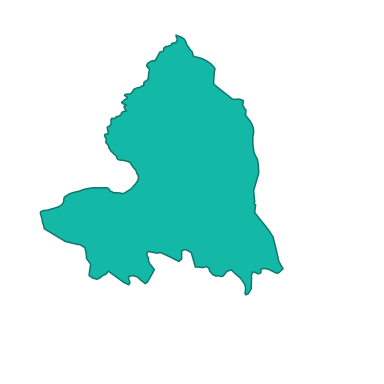 Tall Kalakh, Homs (Hims), Syria, rotated 122°
{"feature_id": "27442178B60418009452869", "entity_name": "Tall Kalakh", "entity_type": "district", "adm_level": 2, "iso_a3": "SYR", "parent_name": "Syria", "parent_adm1": "Homs (Hims)", "projection": "equal_earth", "projection_center": [36.286, 34.74], "detail": "fine", "context": "isolated", "style": "filled", "palette": "teal", "viewbox_px": 384, "rotation_deg": 122, "n_neighbors": 0, "source": "geoboundaries", "source_scale": "gbopen_adm2", "svg_char_len": 5977}
<svg xmlns="http://www.w3.org/2000/svg" viewBox="0 0 384 384"><g transform="rotate(122 192 192)"><path d="M208.9,74.1L205.0,81.4L195.5,90.8L187.3,99.3L184.1,106.0L181.8,112.1L179.5,118.8L176.2,128.0L169.2,131.2L169.0,133.5L167.2,133.5L158.3,140.4L140.9,145.3L136.9,147.9L132.5,151.2L129.5,154.0L128.9,155.1L126.3,159.6L122.6,163.0L118.4,166.3L112.6,169.8L108.6,171.4L105.4,173.7L103.3,176.3L101.0,180.4L99.9,183.8L98.3,187.6L96.7,188.2L94.1,189.5L93.1,192.0L92.0,194.0L91.1,195.5L89.4,195.8L87.4,196.9L87.5,198.8L88.2,201.3L91.3,205.5L91.8,207.0L89.2,229.7L88.3,231.4L80.5,235.6L77.5,237.0L75.4,237.7L74.6,239.3L73.4,243.4L73.3,244.8L73.2,246.4L73.1,247.9L73.1,249.0L73.2,250.1L73.4,253.5L74.0,255.8L74.6,258.1L75.8,261.2L75.9,263.3L74.2,264.8L73.6,265.5L73.0,266.3L72.3,268.8L70.7,272.3L70.0,274.2L67.1,278.0L66.4,280.0L66.4,281.9L66.5,283.8L67.3,287.9L67.5,288.5L67.8,288.2L68.7,287.7L69.2,286.9L69.7,286.1L70.3,285.5L70.7,285.3L71.4,284.9L72.0,285.0L72.7,285.1L73.4,284.9L74.1,284.6L74.5,284.7L74.8,285.3L74.9,285.8L75.0,286.1L75.2,286.6L75.8,287.2L76.2,287.4L76.8,287.7L77.4,287.8L77.8,287.5L78.4,287.4L78.9,287.7L79.7,288.5L80.5,289.1L81.2,289.5L81.9,290.2L81.9,290.5L82.0,290.8L82.3,291.2L82.9,291.4L83.5,291.5L84.2,292.1L85.2,292.1L86.2,291.5L86.6,291.2L87.3,291.2L87.9,291.4L88.7,291.7L89.3,292.0L89.6,292.4L89.8,292.8L90.2,293.3L90.6,293.4L90.9,293.4L92.1,293.2L92.7,293.2L94.6,293.1L96.0,293.1L98.2,293.0L100.0,292.9L100.8,293.0L100.8,293.5L100.9,294.0L101.1,294.4L101.4,295.0L101.9,295.3L102.7,295.9L103.4,296.4L104.4,296.9L105.9,297.5L106.9,297.8L107.9,297.7L108.8,297.4L109.3,296.9L109.6,296.1L109.9,295.4L109.6,295.0L109.8,294.5L110.3,293.5L111.0,293.0L111.8,292.5L112.4,292.3L113.5,292.0L114.4,291.5L115.0,291.2L118.4,289.6L119.1,289.0L119.5,289.2L120.3,289.3L120.8,289.3L122.3,289.7L122.7,290.3L123.7,290.8L124.4,290.8L124.8,290.6L125.6,290.4L126.8,289.5L127.4,289.4L127.7,289.6L128.0,290.3L128.7,290.6L130.2,291.2L131.4,292.1L132.5,293.5L133.5,294.3L135.3,295.5L136.2,295.7L136.9,295.8L138.2,295.6L139.7,295.8L141.2,296.2L141.5,296.5L142.1,297.0L142.6,297.7L143.1,298.5L143.5,299.2L144.0,299.6L144.7,300.4L145.3,300.4L145.8,300.4L145.9,299.9L146.0,299.1L145.9,297.7L146.0,297.0L146.3,296.7L147.0,296.7L147.7,297.1L148.2,297.3L148.8,297.7L149.2,298.0L149.7,298.1L150.7,298.3L151.9,298.6L152.6,299.0L153.0,299.2L153.5,299.0L153.6,298.3L153.7,297.0L153.4,295.8L153.1,294.9L153.0,294.3L153.1,294.2L153.2,293.9L153.6,294.0L153.8,294.1L154.0,294.1L154.5,294.4L154.6,294.7L155.0,294.9L155.8,294.8L156.5,293.9L157.3,292.5L157.6,291.8L158.0,291.1L158.3,290.7L158.6,290.9L158.8,291.3L159.8,292.5L160.6,293.1L161.5,293.6L162.2,293.8L162.6,293.6L163.2,293.3L163.7,293.3L164.9,293.6L166.1,294.1L167.0,294.7L168.0,296.0L169.0,296.3L169.4,296.4L170.5,296.6L170.8,296.8L171.3,297.1L171.5,297.7L171.5,298.5L172.1,299.0L172.9,299.1L173.5,299.1L174.4,298.5L175.1,298.1L176.0,297.4L176.9,297.0L178.9,296.6L179.5,296.8L180.0,297.1L181.4,298.0L182.0,298.1L182.3,298.1L183.6,296.8L185.3,295.2L186.2,294.3L187.1,293.9L187.6,294.5L187.8,294.8L188.1,295.2L188.6,295.9L189.3,296.3L189.6,296.3L190.3,296.1L191.0,295.4L191.7,294.3L192.1,293.5L192.8,292.6L193.2,292.3L193.9,292.0L194.4,292.0L195.1,291.9L195.6,291.4L195.9,290.8L196.1,290.2L196.2,289.7L196.4,288.9L196.5,288.5L196.8,288.0L196.9,287.5L197.4,286.8L197.9,286.6L198.5,286.3L198.7,285.5L199.6,283.7L200.5,282.1L200.5,280.6L201.2,278.6L201.2,277.9L201.5,275.8L201.8,274.9L202.2,274.5L202.6,274.4L202.7,274.2L202.9,273.6L203.0,273.4L203.5,272.8L203.6,272.1L203.5,271.1L202.7,269.2L201.4,266.7L200.7,264.5L200.1,262.2L199.9,260.6L200.0,259.5L200.6,258.7L201.9,255.8L202.4,254.5L203.2,251.4L203.9,250.4L205.4,248.7L206.6,246.3L208.0,245.1L209.8,244.3L210.7,244.2L211.6,244.1L211.9,244.1L214.3,244.1L215.0,244.2L215.7,244.3L216.3,244.5L220.2,245.0L221.2,245.2L221.5,245.2L223.7,246.3L228.5,248.6L229.6,249.2L230.0,250.0L230.7,251.6L231.6,253.7L233.3,256.9L234.0,258.0L234.4,258.5L234.4,259.1L234.3,259.5L234.1,260.2L234.3,260.7L234.6,261.7L234.4,262.7L233.9,263.1L233.4,264.2L233.4,265.2L233.3,265.9L234.1,267.4L235.5,269.4L237.1,272.1L238.2,273.8L239.3,275.7L240.7,278.0L241.5,278.8L243.9,281.7L246.2,284.2L248.0,285.8L251.0,288.1L251.7,288.6L254.1,291.2L256.6,293.4L257.8,294.5L258.6,295.0L261.9,296.6L263.9,297.5L265.2,297.2L266.0,296.9L267.1,296.3L268.5,295.7L269.6,295.6L270.4,295.5L271.8,295.7L273.0,296.2L274.6,296.9L276.9,298.7L277.8,299.4L280.8,302.1L283.7,304.7L284.9,306.0L286.5,308.3L287.4,308.8L288.3,309.4L288.7,309.8L289.0,309.9L289.7,309.6L290.5,309.3L291.2,308.4L294.8,304.5L296.8,302.8L299.3,299.8L301.4,297.9L301.4,292.8L301.1,274.3L301.2,273.7L301.1,273.4L299.3,267.8L298.1,264.1L296.9,261.0L296.8,260.8L296.0,258.8L296.0,255.2L296.0,253.4L296.8,252.5L299.6,249.8L300.9,248.6L304.3,246.2L304.8,244.8L305.6,242.9L307.1,239.6L314.4,236.5L316.2,235.7L317.4,234.9L317.6,230.6L316.3,226.3L313.4,224.4L310.4,223.5L307.6,221.6L303.5,220.9L304.8,202.5L304.4,198.1L304.1,196.5L301.7,196.6L299.6,199.3L297.4,201.0L294.3,198.0L293.0,193.4L293.9,188.5L294.4,183.6L294.5,183.1L293.9,182.9L292.3,182.1L283.4,182.4L277.8,182.8L277.0,184.8L275.1,190.2L272.8,193.0L271.2,193.7L270.2,195.7L268.1,197.9L265.6,197.5L264.9,195.7L264.7,195.3L264.5,194.8L264.5,194.6L264.3,194.3L264.2,193.8L263.9,193.1L263.7,192.6L262.4,189.3L260.1,186.7L259.1,179.5L258.0,168.2L257.8,166.3L254.7,165.4L254.2,165.3L247.4,169.6L245.6,168.4L244.1,166.6L243.8,160.5L253.9,149.3L252.7,147.8L250.5,142.9L247.5,140.1L247.8,137.7L247.9,137.3L247.9,137.1L249.9,134.8L250.5,132.1L251.1,130.8L250.6,127.0L249.5,126.2L248.9,124.5L248.1,122.3L246.9,121.1L242.4,120.5L241.0,120.4L237.2,117.5L238.3,112.5L239.3,105.4L241.7,99.6L243.3,97.1L246.3,94.9L250.0,93.3L250.6,91.6L248.2,90.4L242.7,90.4L236.1,94.4L235.0,94.9L230.9,97.6L229.1,97.8L227.7,98.0L226.9,96.5L226.7,96.0L226.6,94.7L226.5,92.8L225.5,91.6L223.9,90.8L221.0,92.6L218.8,90.6L217.0,86.4L216.1,77.3L214.6,75.6L213.6,75.4L209.4,74.3L208.9,74.1Z" fill="#14b8a6" stroke="#0f766e" stroke-width="1.5"/></g></svg>